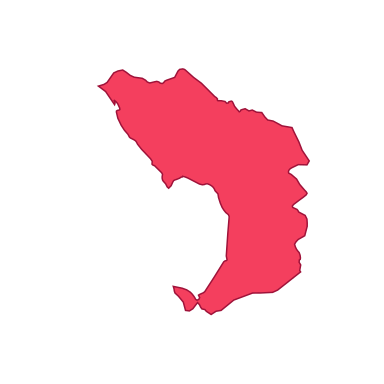 Hawke's Bay, Albers equal-area conic projection, rotated 120°
{"feature_id": "NZL-3397", "entity_name": "Hawke's Bay", "entity_type": "Regional Council", "adm_level": 1, "iso_a3": "NZL", "parent_name": "New Zealand", "parent_adm1": "", "projection": "albers", "projection_center": [176.854, -39.512], "detail": "fine", "context": "isolated", "style": "filled", "palette": "rose", "viewbox_px": 384, "rotation_deg": 120, "n_neighbors": 0, "source": "natural_earth", "source_scale": "10m", "svg_char_len": 2853}
<svg xmlns="http://www.w3.org/2000/svg" viewBox="0 0 384 384"><g transform="rotate(120 192 192)"><path d="M288.5,114.2L288.2,119.8L287.4,122.1L288.3,125.0L287.4,127.0L285.9,129.1L285.0,131.9L292.7,132.9L296.3,134.8L297.8,138.4L291.7,144.5L289.0,151.7L288.0,156.2L286.6,157.8L284.8,159.2L283.1,161.0L280.2,152.3L279.4,147.7L279.6,143.5L280.2,141.2L281.1,138.9L282.1,136.8L283.1,135.3L283.2,133.6L281.6,132.4L279.6,132.6L278.1,134.8L276.9,134.2L273.6,131.8L271.9,131.1L254.5,130.2L236.6,129.6L235.2,129.0L234.3,128.0L233.2,127.7L230.3,130.3L209.9,140.3L194.7,147.5L193.4,149.2L192.9,152.4L191.7,155.5L190.2,158.3L187.5,161.9L183.6,166.2L181.0,168.3L180.6,168.7L179.4,172.6L178.0,174.5L177.3,176.1L176.9,177.9L176.8,180.4L177.2,182.8L178.1,184.1L179.4,185.1L180.6,186.7L181.4,189.6L182.0,202.8L182.4,205.6L183.1,208.0L183.8,207.9L184.5,208.8L186.3,209.7L189.1,211.9L189.9,212.7L191.3,213.6L193.2,213.6L197.0,213.2L200.4,214.1L200.0,216.0L198.1,218.9L197.0,222.3L196.4,223.4L195.3,224.5L193.9,225.4L191.4,226.4L190.5,227.9L188.0,237.4L188.0,238.0L188.2,238.6L188.2,239.5L188.0,240.4L187.6,240.7L185.9,241.5L185.3,241.8L183.9,244.6L180.2,257.1L177.9,262.9L176.4,265.3L175.9,266.6L175.8,268.5L176.0,272.1L175.9,273.0L175.7,273.7L174.3,275.9L174.0,276.5L172.3,281.4L169.6,286.7L165.2,293.1L160.5,297.5L159.6,297.9L158.6,297.4L157.7,296.3L156.7,295.7L155.5,296.5L152.7,300.5L151.8,302.8L151.4,305.7L152.1,304.5L153.0,303.5L154.0,302.9L155.1,302.7L148.2,317.0L147.1,326.0L142.8,322.0L139.6,320.3L128.0,319.3L124.3,316.7L121.0,313.0L121.2,308.8L121.9,303.9L121.5,299.5L118.4,291.9L118.4,288.1L119.1,285.7L118.7,283.1L115.1,279.3L113.8,277.8L113.3,275.7L113.6,273.8L112.9,272.0L112.1,271.5L111.3,271.2L109.5,271.0L107.9,269.9L101.4,264.3L94.3,264.6L92.0,264.0L90.0,261.5L89.6,259.8L89.7,258.8L92.0,247.8L93.1,238.3L98.0,220.0L98.1,218.1L98.7,216.5L99.6,216.2L100.0,215.3L98.3,212.2L97.1,208.6L97.8,206.4L96.7,205.1L95.5,205.2L93.9,203.7L93.5,203.1L93.6,202.2L94.7,200.5L96.5,198.0L98.1,193.8L98.5,192.3L98.9,191.6L98.9,191.1L98.5,190.9L97.7,190.6L96.6,190.7L95.5,189.8L93.3,187.6L93.3,183.2L90.9,180.8L90.6,176.0L88.3,171.3L90.5,166.7L91.8,162.5L90.0,157.2L89.7,147.1L86.2,137.6L88.9,133.9L95.2,124.5L100.8,117.5L106.5,106.0L111.0,106.0L115.2,113.7L120.8,117.5L122.7,118.6L125.0,119.0L126.4,118.5L127.3,117.7L127.2,114.8L128.5,107.9L131.6,102.5L134.1,95.4L134.7,93.3L135.6,91.7L137.5,91.7L141.1,93.1L145.6,95.1L151.8,97.7L153.7,98.1L154.5,97.7L155.0,97.0L154.6,92.3L155.2,90.8L156.0,89.5L155.7,82.3L158.0,78.9L161.3,76.7L164.1,75.1L173.5,72.5L180.0,76.3L183.0,77.0L185.9,77.1L187.8,75.1L189.2,73.1L190.1,71.2L190.9,68.9L192.7,66.8L194.9,65.1L196.3,64.6L197.1,65.1L199.3,64.1L200.8,61.4L206.1,59.5L206.9,58.0L234.1,68.8L238.6,72.0L245.0,81.9L249.2,89.0L264.7,101.8L280.0,107.6L283.2,111.5L288.5,114.2Z" fill="#f43f5e" stroke="#9f1239" stroke-width="1.5"/></g></svg>